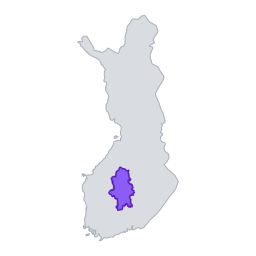 location of Central Finland within Finland
{"feature_id": "FIN-3177", "entity_name": "Central Finland", "entity_type": "Province", "adm_level": 1, "iso_a3": "FIN", "parent_name": "Finland", "parent_adm1": "", "projection": "mercator", "projection_center": [25.479, 62.526], "detail": "fine", "context": "in_parent", "style": "filled", "palette": "violet", "viewbox_px": 256, "rotation_deg": 0, "n_neighbors": 0, "source": "natural_earth", "source_scale": "10m", "svg_char_len": 7617}
<svg xmlns="http://www.w3.org/2000/svg" viewBox="0 0 256 256"><path d="M110.3,119.8L109.3,115.7L108.0,112.1L106.6,111.1L106.1,109.7L105.9,106.8L106.1,104.5L107.7,102.3L107.9,99.3L108.8,96.8L108.4,95.3L105.9,90.8L105.6,89.3L105.5,86.9L106.8,84.6L106.4,82.4L103.9,81.5L104.0,80.1L104.7,77.8L104.3,75.8L104.3,71.4L105.6,69.5L104.1,67.9L102.6,65.2L101.4,65.0L100.6,62.0L98.4,59.3L90.5,55.4L85.6,51.2L83.0,47.7L80.6,45.7L80.3,43.8L77.8,42.3L78.3,41.5L80.3,41.4L81.9,42.2L82.5,41.2L81.8,38.5L81.9,37.8L83.8,36.2L86.8,36.2L93.3,47.0L94.3,50.4L100.4,51.6L101.0,52.4L102.7,52.2L106.2,50.6L107.6,48.2L108.9,48.4L117.5,53.6L118.9,52.4L119.7,49.3L120.4,47.8L121.4,46.8L123.4,46.2L125.0,43.5L125.1,36.0L125.9,33.8L127.4,26.3L130.1,22.9L132.1,19.3L134.1,18.8L137.6,19.5L141.9,15.9L144.7,15.4L149.5,21.8L156.2,25.8L157.9,31.0L157.1,33.1L153.5,38.7L153.3,40.2L154.6,42.7L149.5,45.7L149.8,46.5L152.5,46.9L152.8,48.0L150.1,55.0L150.0,56.3L152.0,63.7L158.0,66.8L159.7,70.1L163.9,76.5L163.5,79.4L157.1,90.1L155.7,93.1L155.5,94.9L159.1,103.3L161.0,109.2L163.2,113.4L164.9,120.3L164.9,122.6L161.4,123.9L162.4,125.1L161.6,127.2L161.4,130.3L160.5,132.2L160.7,132.7L162.3,133.2L162.5,134.5L162.3,135.3L160.6,136.8L160.4,138.3L161.3,141.0L162.1,141.9L164.7,142.7L165.1,143.4L165.2,145.3L163.9,147.2L163.9,147.9L165.1,151.3L168.5,154.0L168.9,156.0L168.9,157.4L168.7,158.6L166.0,163.1L164.0,164.5L167.9,169.3L174.9,175.4L177.9,180.5L178.2,181.9L175.9,188.3L175.0,190.0L169.3,197.0L161.2,208.3L157.2,213.3L149.4,220.7L143.8,227.5L140.7,228.8L138.4,227.4L137.2,227.7L136.0,228.7L132.2,229.8L132.1,228.7L132.9,225.8L132.5,225.9L131.8,227.2L131.5,228.8L130.8,229.6L129.2,229.9L127.6,228.7L126.9,228.7L127.7,230.6L127.6,231.1L126.8,231.0L125.1,232.5L124.7,232.5L124.1,231.3L122.3,232.6L120.6,232.9L119.5,233.9L114.4,235.4L113.0,237.1L112.0,236.7L106.3,238.1L104.0,237.7L101.4,240.3L99.4,240.6L101.4,238.0L101.5,237.1L100.4,236.6L99.6,235.6L98.9,233.6L98.5,233.5L97.8,236.0L96.4,236.9L94.8,236.9L94.5,235.8L94.8,234.7L94.6,234.6L94.8,233.7L95.7,233.7L95.9,233.2L95.9,232.7L95.2,232.3L95.9,230.4L92.9,230.0L89.2,228.1L88.7,226.4L87.0,227.6L85.3,226.4L85.1,225.6L84.6,219.4L84.8,217.7L85.7,215.5L86.0,213.4L86.0,209.5L86.5,209.5L85.9,208.2L86.8,207.9L86.9,207.5L84.9,201.2L83.7,199.7L84.6,195.1L84.5,194.1L84.3,192.8L82.8,191.3L82.3,187.2L82.6,184.8L85.5,180.6L85.7,178.9L87.3,178.8L86.5,177.3L86.3,175.4L88.7,174.8L89.5,175.3L91.6,174.6L93.4,173.3L92.7,170.7L93.7,170.6L93.4,170.0L93.4,169.3L94.2,169.6L95.4,167.7L95.4,166.3L97.5,165.6L99.8,162.7L102.0,161.2L104.2,158.3L105.2,158.1L105.7,156.2L108.2,153.2L109.1,150.8L111.5,148.1L113.8,143.3L114.0,141.9L117.6,140.1L120.7,140.7L120.7,139.4L120.2,138.7L121.5,137.4L121.2,135.5L120.4,134.5L121.3,127.1L120.3,125.6L116.6,123.1L115.1,122.9L114.2,120.9L114.7,118.6L112.6,120.4L110.3,119.8ZM91.7,230.9L93.8,230.9L94.3,231.9L93.4,232.5L93.3,233.2L93.8,234.4L92.9,234.4L92.2,233.1L91.2,232.2L91.7,230.9ZM116.7,137.8L115.3,138.5L114.2,138.1L114.2,136.7L116.1,135.7L118.1,136.8L117.1,137.1L116.7,137.8ZM83.5,173.9L83.4,175.1L84.7,174.3L85.2,174.6L85.1,175.6L84.7,175.4L83.6,176.5L82.7,175.5L82.1,174.0L83.5,173.9ZM85.5,227.6L85.3,228.5L84.1,228.6L83.6,227.7L83.3,226.2L83.8,225.6L84.1,226.4L85.5,227.6ZM90.5,231.2L89.8,231.3L88.8,230.4L88.7,230.0L89.1,229.8L88.9,228.8L89.6,229.3L90.0,230.0L89.7,230.2L90.5,231.2ZM89.0,234.9L88.1,235.5L87.7,235.3L87.8,234.3L88.3,233.8L89.3,233.7L89.0,234.9ZM87.1,235.5L86.3,235.7L85.8,235.1L86.5,234.3L87.1,234.3L87.3,234.9L87.1,235.5Z" fill="#d9dde1" stroke="#a8b0b8" stroke-width="1"/><path d="M128.5,170.3L128.8,170.6L128.8,170.8L128.2,171.9L128.1,172.1L128.1,172.4L128.3,172.6L128.5,173.2L128.8,174.4L129.0,175.0L128.8,175.3L128.7,175.5L128.7,175.9L128.8,176.5L129.1,177.1L129.4,177.7L129.8,178.3L130.0,178.6L130.2,178.8L129.8,178.8L129.5,178.8L129.4,178.9L129.5,179.3L129.6,179.5L129.8,179.8L130.1,180.0L130.3,180.2L130.1,180.5L129.9,180.7L129.5,180.6L129.0,180.5L127.9,180.9L127.8,181.2L127.9,181.5L128.2,181.8L128.8,182.2L129.0,182.4L129.0,182.5L128.8,182.8L128.9,183.0L130.6,184.5L130.9,184.3L131.1,184.0L131.3,184.1L131.6,184.3L131.9,184.7L132.1,184.9L132.1,185.2L132.2,185.6L132.4,185.9L132.6,186.5L132.8,187.1L132.7,187.4L132.6,187.6L132.8,187.8L132.6,188.0L131.7,189.2L131.8,189.4L132.7,190.2L133.0,190.3L133.6,190.4L133.8,190.6L133.8,191.0L133.7,191.3L133.6,191.5L133.7,191.8L134.3,192.4L134.3,192.5L133.9,192.7L133.6,192.8L133.5,193.0L133.4,193.2L133.5,193.2L133.5,193.4L133.4,193.5L133.0,193.7L133.0,193.9L133.0,194.0L133.1,194.5L133.2,194.9L133.3,195.0L133.2,195.1L132.8,194.9L132.5,194.6L132.4,194.5L132.2,194.5L131.9,194.6L131.7,194.8L131.8,194.8L131.8,195.0L131.7,195.2L131.5,195.3L131.4,195.3L131.2,195.1L130.4,195.6L129.5,196.8L129.6,197.5L130.9,199.7L130.8,200.2L130.6,200.3L130.5,200.7L130.5,201.2L130.4,201.8L130.7,201.8L130.8,201.9L130.8,202.1L130.7,202.9L130.8,203.2L130.8,203.3L131.6,204.2L131.8,204.4L132.1,205.1L132.1,205.3L132.1,205.6L132.0,206.6L131.8,206.7L130.9,206.2L130.7,206.3L130.6,206.6L130.6,206.8L130.5,207.0L130.3,207.1L130.2,207.1L130.1,206.8L130.1,206.7L130.1,206.3L129.9,206.3L129.6,206.3L128.8,206.7L128.7,206.8L128.4,206.5L128.0,206.3L127.9,206.2L127.9,205.9L127.9,205.6L128.0,205.4L128.0,205.2L127.9,205.1L127.8,204.8L127.6,205.0L127.4,205.0L127.3,204.8L127.2,204.4L127.1,204.2L126.6,203.7L126.5,203.8L126.5,204.0L126.4,204.2L126.2,204.2L126.1,203.9L126.2,203.7L125.9,203.7L125.9,203.9L125.6,204.7L125.3,205.3L125.1,205.5L125.1,205.3L124.9,205.3L124.4,205.2L124.2,205.3L123.9,205.4L123.6,205.8L123.4,205.8L123.0,205.7L122.8,205.8L122.7,206.3L122.5,208.0L122.3,208.7L122.2,209.2L122.0,209.4L121.8,209.5L117.8,210.2L117.7,210.1L117.6,209.5L117.5,208.9L117.4,208.5L117.2,208.4L117.3,208.0L117.2,207.7L116.9,207.6L116.7,207.8L116.4,207.7L116.3,207.3L116.2,207.0L116.2,206.6L116.5,206.3L116.9,206.4L117.5,206.7L117.7,206.4L117.8,206.2L117.6,205.7L117.4,205.4L117.4,205.2L117.5,204.8L117.6,204.7L117.8,204.8L118.0,204.7L117.8,204.0L117.8,203.8L117.8,203.7L117.7,203.6L117.5,203.4L117.4,202.8L117.5,202.1L117.6,201.1L117.5,200.5L117.1,199.1L117.1,198.8L116.9,198.4L116.0,198.8L115.7,198.8L115.2,198.5L115.0,198.4L115.0,198.2L115.0,197.9L115.0,197.6L115.0,197.4L114.9,197.1L114.7,197.0L114.5,196.7L114.3,196.3L114.1,196.0L113.8,195.7L113.5,195.7L113.0,196.0L112.9,196.1L113.0,196.4L112.7,196.5L112.4,196.4L112.2,196.3L112.0,196.1L111.6,195.4L111.5,195.0L111.2,194.5L110.4,194.3L110.0,194.2L109.6,193.9L109.4,193.7L109.2,193.4L109.1,193.0L109.1,192.3L109.4,191.8L110.1,190.8L110.4,190.5L110.7,190.3L110.9,190.2L111.7,190.5L111.9,190.5L112.0,190.3L111.9,190.0L111.9,189.8L112.3,189.6L112.5,189.7L112.7,189.8L112.8,190.0L113.1,189.9L113.3,189.7L113.5,189.7L113.6,189.4L113.7,189.2L113.7,188.8L113.8,188.7L113.7,188.5L113.7,188.4L113.8,188.4L113.9,188.5L113.9,188.4L113.8,188.2L114.1,188.0L114.1,187.9L114.0,187.7L114.2,187.4L114.2,187.2L113.9,187.3L113.6,187.3L113.6,187.1L113.7,186.9L114.1,186.4L114.0,186.1L113.8,185.9L113.5,185.4L112.8,183.7L112.3,182.8L112.3,182.4L112.9,182.3L113.0,182.0L113.0,181.7L112.8,181.4L112.4,181.3L112.2,181.3L112.1,180.9L112.1,180.6L112.0,180.3L111.9,180.2L111.7,179.7L111.7,179.2L111.6,178.9L111.3,178.4L111.7,178.3L111.9,178.0L112.1,177.7L112.2,177.2L113.8,176.4L114.3,176.4L115.7,176.8L115.7,176.7L115.7,176.3L115.7,175.9L115.9,175.4L115.9,174.9L115.9,174.6L115.9,174.3L116.0,174.2L116.1,173.3L116.1,172.4L116.4,171.8L117.1,171.1L118.4,170.2L118.8,170.0L119.1,169.4L119.2,168.6L119.5,167.8L119.8,167.4L120.2,167.3L120.9,167.5L121.4,167.7L122.2,168.5L122.6,168.7L124.9,169.0L125.3,169.3L126.1,170.3L126.5,170.7L127.0,170.8L127.5,170.7L128.5,170.3Z" fill="#8b5cf6" stroke="#5b21b6" stroke-width="1.5"/></svg>